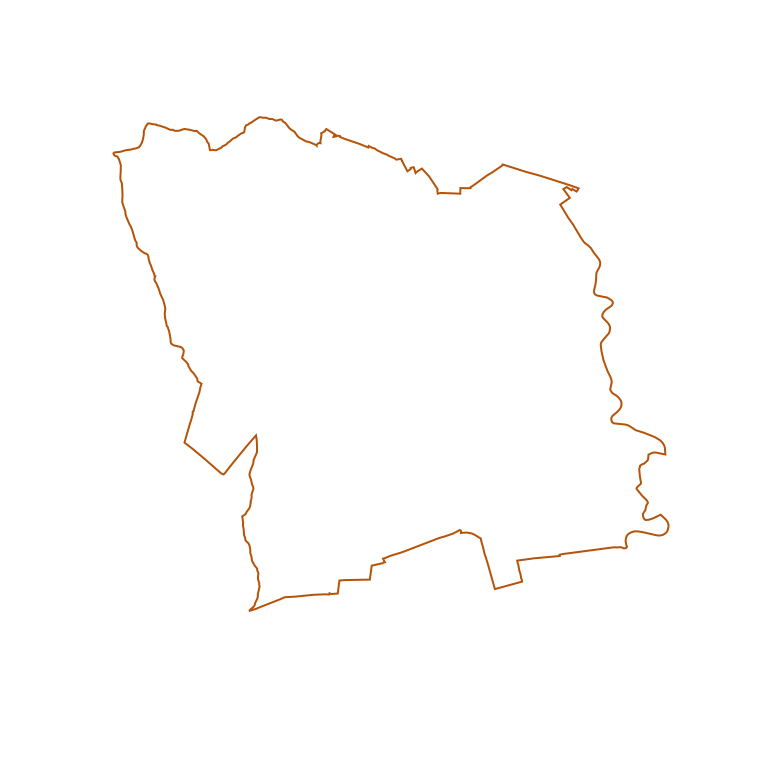 the district of Vorona, Botosani, Romania, rotated 189°
{"feature_id": "2599482B82884010632757", "entity_name": "Vorona", "entity_type": "district", "adm_level": 2, "iso_a3": "ROU", "parent_name": "Romania", "parent_adm1": "Botosani", "projection": "mercator", "projection_center": [26.622, 47.579], "detail": "fine", "context": "isolated", "style": "outline", "palette": "amber", "viewbox_px": 768, "rotation_deg": 189, "n_neighbors": 0, "source": "geoboundaries", "source_scale": "gbopen_adm2", "svg_char_len": 6148}
<svg xmlns="http://www.w3.org/2000/svg" viewBox="0 0 768 768"><g transform="rotate(189 384 384)"><path d="M301.1,619.4L301.9,617.7L310.5,609.7L314.8,606.1L327.4,593.5L329.2,592.1L329.0,591.3L329.2,590.9L339.2,589.4L338.4,583.9L357.9,581.6L360.7,580.4L361.7,583.8L361.5,584.6L362.3,585.6L371.9,596.1L380.3,602.7L384.7,598.8L385.8,597.3L388.5,602.7L389.0,602.7L391.5,601.5L391.2,600.6L394.1,597.8L399.7,605.2L400.9,607.2L401.2,607.1L402.3,609.1L407.0,607.5L408.6,608.5L415.3,610.2L416.7,610.9L421.2,611.8L427.9,614.0L430.1,615.2L432.2,615.3L436.3,616.7L436.4,615.1L445.8,617.3L461.9,620.1L466.3,621.2L466.3,621.9L468.1,622.1L470.0,621.1L472.5,620.2L472.2,621.5L471.0,622.6L480.8,626.8L481.2,626.4L481.9,624.5L482.5,624.3L482.8,623.6L485.3,621.8L484.9,621.0L484.7,619.5L484.8,613.5L484.3,611.9L485.7,611.9L487.1,611.0L487.9,609.5L487.8,608.9L488.5,609.4L495.6,611.3L498.9,611.4L506.4,614.1L508.5,615.6L511.7,619.0L516.0,621.0L517.5,621.9L522.3,626.4L524.9,627.5L526.2,629.0L527.8,629.0L531.4,627.4L532.1,627.3L536.0,628.3L538.6,627.8L542.0,628.5L543.2,628.5L544.0,628.1L548.7,628.1L553.3,624.1L556.1,621.3L557.1,620.9L558.9,618.9L560.6,618.0L561.4,616.0L561.5,610.9L561.8,610.5L564.2,609.1L567.0,606.5L568.6,604.6L571.6,602.7L574.5,599.2L576.2,597.6L577.2,596.0L579.2,594.4L580.5,593.7L581.5,592.1L586.5,588.5L590.1,588.5L591.4,587.9L592.5,587.8L594.7,593.9L596.5,595.5L597.8,597.7L600.4,600.2L605.6,602.7L608.6,604.7L610.8,604.2L615.5,604.7L621.2,604.7L626.2,602.0L630.2,601.4L630.8,601.4L632.2,602.1L634.9,601.6L639.8,603.0L646.4,604.1L648.9,604.1L649.6,604.6L653.2,604.4L656.7,604.7L658.2,604.1L658.9,602.2L659.5,601.5L659.9,599.4L660.6,597.4L660.7,595.5L660.3,593.3L660.3,588.9L660.8,584.6L662.2,580.9L662.7,580.5L662.8,579.6L665.5,578.1L672.0,575.5L675.6,574.5L680.7,572.1L686.6,570.5L687.3,569.4L686.1,567.8L685.0,567.1L682.8,567.0L682.4,566.2L680.9,564.6L678.4,559.4L678.1,558.5L677.3,552.7L676.8,547.4L676.2,544.3L674.4,541.5L673.6,538.4L671.9,530.3L671.0,522.5L666.4,513.7L665.9,511.4L664.7,508.8L660.5,502.1L658.7,499.9L656.8,496.7L652.3,487.1L650.3,484.6L650.1,482.6L649.1,480.7L647.5,479.3L643.8,477.0L640.7,475.7L639.2,475.5L637.6,474.6L637.1,473.9L636.6,472.7L635.9,470.4L634.1,466.6L632.7,464.5L630.6,460.4L628.3,456.9L627.4,454.7L626.8,454.7L627.2,452.2L627.1,451.1L626.1,449.3L624.9,448.3L621.8,443.5L618.8,437.6L615.4,432.7L613.5,428.6L612.0,425.0L611.7,423.0L611.6,419.2L610.6,415.2L607.5,407.1L606.5,406.5L605.8,404.8L604.8,403.2L602.9,398.2L601.6,394.0L601.3,392.1L600.4,390.5L597.8,389.3L591.1,388.8L589.5,388.4L588.6,387.7L587.1,385.9L586.9,384.9L586.9,381.7L587.5,379.1L587.4,378.0L583.1,375.1L580.8,373.0L580.2,372.2L580.1,371.2L576.6,366.9L574.2,365.2L569.6,360.5L569.0,359.2L568.8,358.1L568.2,357.3L564.3,355.8L564.9,351.1L565.0,347.0L567.0,335.8L567.9,327.3L568.4,327.1L568.6,326.4L568.2,324.3L568.8,318.3L569.4,315.1L571.9,294.9L562.7,289.9L550.5,282.6L530.8,270.2L528.3,269.6L527.3,270.9L523.9,277.1L510.6,300.0L502.4,313.2L501.2,309.5L500.2,305.4L499.2,299.7L498.8,296.5L500.9,288.6L500.7,285.0L502.3,277.9L502.8,273.8L502.3,272.1L500.6,269.2L498.5,264.0L497.1,261.8L496.6,260.2L497.5,254.1L497.0,251.2L497.1,248.6L497.4,247.0L497.0,245.8L497.2,244.7L497.0,242.8L497.3,241.3L497.6,240.0L499.6,236.5L500.1,234.5L500.9,233.2L503.3,231.2L503.3,230.9L501.5,225.3L501.2,222.1L500.2,219.6L498.5,212.7L497.2,210.6L496.4,208.0L494.8,206.6L493.2,205.7L491.5,203.3L490.2,199.5L489.6,196.2L488.1,193.2L486.6,188.6L483.4,184.5L480.4,181.8L480.0,179.9L478.9,178.4L478.4,177.3L478.3,173.7L477.8,171.1L476.6,168.9L476.1,167.8L475.9,166.1L475.2,164.8L475.7,156.4L475.4,154.4L475.5,152.4L476.9,147.9L477.3,144.7L477.8,143.8L481.3,139.6L481.1,139.0L474.6,142.2L473.6,143.0L452.8,155.2L448.6,157.9L437.9,160.2L420.6,164.8L409.0,167.1L405.2,167.5L405.1,168.8L403.2,168.3L396.9,169.8L397.3,182.9L392.0,184.2L367.4,188.6L367.7,202.7L357.5,206.7L356.6,207.5L355.2,208.1L356.2,209.2L357.6,211.4L355.5,212.4L350.8,215.3L341.7,219.7L336.6,222.5L305.3,240.6L300.6,242.7L292.5,247.0L286.3,251.6L285.1,251.1L284.7,250.2L284.7,248.9L279.3,250.2L273.7,250.1L270.5,249.1L264.2,246.5L263.8,245.1L260.1,236.9L257.8,231.3L256.4,228.9L252.6,221.0L242.4,198.8L216.7,210.4L217.2,212.1L218.3,213.9L218.6,215.3L220.0,218.7L221.1,220.7L222.9,226.0L224.0,228.3L224.8,230.4L208.5,235.3L183.5,241.6L183.9,242.8L180.9,244.0L131.0,258.8L129.0,258.9L124.6,259.9L121.5,259.2L119.7,259.6L119.2,259.9L118.5,261.3L119.6,263.1L120.8,266.7L120.9,268.7L120.7,270.9L120.2,272.5L119.0,274.3L116.3,276.4L113.4,277.7L109.3,278.2L104.4,278.1L91.2,277.2L88.0,277.4L84.8,278.7L82.9,280.3L81.7,281.9L81.2,283.0L80.8,284.9L80.7,287.5L81.0,289.4L82.0,291.6L84.4,294.2L90.3,298.2L97.2,293.4L101.4,291.3L104.3,290.6L105.3,291.0L106.2,291.7L107.2,293.3L108.0,296.1L106.1,300.6L105.9,305.1L104.9,307.4L104.8,308.1L105.6,309.5L107.0,310.8L111.8,314.2L117.8,319.6L118.3,320.5L117.7,321.9L114.8,325.5L114.7,326.5L117.0,333.5L118.4,339.0L118.6,340.7L118.3,341.8L118.3,343.4L117.0,344.7L114.4,346.3L111.7,349.8L111.4,351.0L111.7,355.6L108.8,357.6L107.6,358.3L104.5,358.8L95.1,358.4L96.4,364.3L97.1,366.1L97.9,367.5L99.9,369.7L102.5,371.6L108.1,373.9L119.6,376.5L127.9,377.7L135.1,380.9L137.1,381.5L139.5,381.7L150.9,381.1L152.5,381.8L153.8,383.7L154.1,385.8L153.6,387.9L149.3,392.9L147.6,395.4L146.8,397.0L146.2,399.3L146.3,401.8L146.9,403.6L147.6,404.7L149.9,407.1L151.7,408.4L157.2,410.9L159.2,413.0L159.8,414.5L159.4,419.7L159.4,421.3L159.8,423.1L161.1,425.8L165.5,432.1L171.0,442.0L174.3,450.4L176.1,456.6L176.0,458.5L175.7,459.5L173.9,462.8L169.8,469.3L169.5,470.6L169.3,473.8L169.9,476.2L171.8,478.8L178.4,483.9L179.1,485.4L179.0,487.4L177.9,490.1L176.5,492.1L172.0,496.4L171.2,497.4L170.6,499.4L170.8,500.7L172.5,502.4L177.2,504.3L187.4,504.7L189.3,505.4L190.6,506.7L191.2,508.7L190.7,516.4L190.9,521.0L191.5,525.6L191.5,527.4L189.3,533.9L189.3,537.1L190.3,539.7L192.3,541.9L197.5,546.7L200.8,550.5L204.5,553.1L207.4,554.5L209.3,556.0L212.5,559.4L222.4,571.3L227.6,576.5L238.0,588.8L229.6,596.9L237.3,604.6L234.3,607.1L229.2,604.7L228.5,606.1L224.0,604.2L223.1,605.7L222.4,607.7L232.2,609.5L262.3,614.1L277.3,615.8L301.1,619.4Z" fill="none" stroke="#b45309" stroke-width="2"/></g></svg>